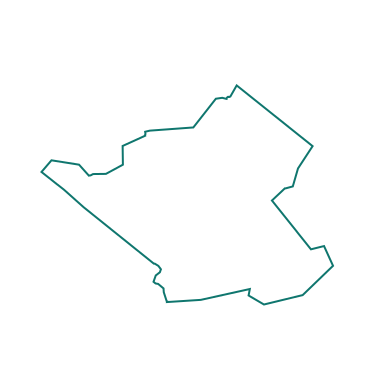 Avery, North Carolina, United States of America (orthographic projection), rotated 280°
{"feature_id": "52423323B91612624851462", "entity_name": "Avery", "entity_type": "district", "adm_level": 2, "iso_a3": "USA", "parent_name": "United States of America", "parent_adm1": "North Carolina", "projection": "orthographic", "projection_center": [-81.908, 36.099], "detail": "fine", "context": "isolated", "style": "outline", "palette": "teal", "viewbox_px": 384, "rotation_deg": 280, "n_neighbors": 0, "source": "geoboundaries", "source_scale": "gbopen_adm2", "svg_char_len": 1004}
<svg xmlns="http://www.w3.org/2000/svg" viewBox="0 0 384 384"><g transform="rotate(280 192 192)"><path d="M79.3,186.6L87.3,219.4L106.5,265.8L99.9,265.7L93.7,282.4L109.7,318.9L143.8,343.7L161.7,331.4L156.2,319.1L168.6,305.0L170.9,302.4L171.2,302.1L197.5,272.2L211.7,282.8L211.7,283.1L211.8,283.5L215.0,290.3L233.6,292.3L258.1,302.8L304.7,217.5L292.7,213.2L292.1,212.3L292.2,211.9L291.9,211.6L291.9,210.8L291.2,210.2L290.2,209.7L289.7,209.8L289.7,209.5L290.0,205.6L290.0,205.4L288.0,199.3L255.8,182.1L245.1,139.8L243.2,135.4L241.9,135.8L241.3,136.0L241.1,136.1L240.4,136.0L239.8,135.8L239.3,136.1L225.3,115.7L206.9,119.2L194.9,104.1L192.6,92.0L192.5,91.5L191.6,90.3L191.2,89.9L190.6,88.9L190.5,88.1L190.2,87.6L199.3,76.0L198.8,48.1L185.6,40.3L175.9,58.2L175.9,58.3L172.1,65.4L158.2,87.9L114.8,166.9L115.0,167.7L113.4,171.7L110.5,174.8L107.4,174.3L103.5,170.8L96.9,169.7L95.6,172.0L95.6,174.6L92.1,180.7L88.4,181.6L80.1,186.0L79.9,186.7L79.3,186.6Z" fill="none" stroke="#0f766e" stroke-width="2"/></g></svg>